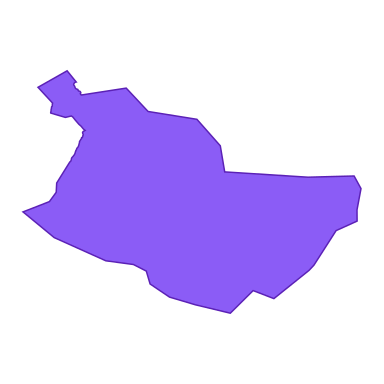 outline of Xarxorin, Övörhangay, Mongolia
{"feature_id": "93677404B97821511595686", "entity_name": "Xarxorin", "entity_type": "district", "adm_level": 2, "iso_a3": "MNG", "parent_name": "Mongolia", "parent_adm1": "Övörhangay", "projection": "natural_earth1", "projection_center": [102.763, 47.157], "detail": "fine", "context": "isolated", "style": "filled", "palette": "violet", "viewbox_px": 384, "rotation_deg": 0, "n_neighbors": 0, "source": "geoboundaries", "source_scale": "gbopen_adm2", "svg_char_len": 1709}
<svg xmlns="http://www.w3.org/2000/svg" viewBox="0 0 384 384"><path d="M354.1,176.0L334.0,176.5L308.0,177.2L224.7,171.9L220.3,145.8L196.9,119.3L148.2,111.5L148.0,111.4L126.2,88.1L82.1,94.9L81.2,94.9L80.8,94.6L80.5,94.1L80.3,93.6L80.6,93.3L80.7,93.0L80.8,92.6L80.5,92.0L80.2,91.6L79.9,91.3L78.5,90.9L78.2,90.6L78.1,90.2L77.9,89.5L77.5,89.3L76.7,89.1L75.8,88.6L75.2,87.9L74.9,87.0L74.7,86.3L74.1,85.5L73.7,84.8L73.7,84.2L73.9,83.8L74.3,83.0L75.1,82.4L75.6,82.1L76.2,82.0L73.6,78.8L67.1,70.8L38.0,87.3L52.6,103.1L52.4,103.7L52.3,104.9L52.3,105.7L52.1,106.4L51.7,106.7L51.5,107.1L51.5,107.5L51.5,108.2L51.3,108.7L51.2,109.3L51.1,109.5L51.1,110.2L51.0,111.0L50.9,111.7L50.7,112.3L50.7,112.9L50.8,113.1L65.4,117.4L71.3,116.0L72.6,116.8L73.7,118.1L75.1,119.9L78.9,124.3L81.0,126.1L83.4,129.0L85.1,130.4L84.3,130.8L83.9,131.1L83.4,131.3L83.1,131.7L82.7,132.1L82.6,132.4L82.6,132.9L82.9,133.8L83.2,134.6L83.2,135.0L82.9,135.4L82.8,135.9L82.7,136.5L82.6,136.9L82.5,137.2L82.2,137.4L81.9,137.5L81.6,137.6L81.6,138.1L81.6,138.5L81.0,139.1L80.6,139.8L80.4,140.2L80.3,140.5L79.8,141.0L79.5,141.6L79.5,142.4L79.3,143.1L78.9,144.7L78.3,146.6L78.0,147.0L77.3,147.8L77.0,148.2L76.9,148.3L76.7,148.8L76.4,149.7L75.9,150.5L75.7,151.1L75.4,151.9L75.2,152.6L75.1,153.2L74.7,154.0L74.3,154.8L73.8,155.4L73.2,156.2L72.5,157.0L71.9,157.6L71.5,158.4L71.4,159.0L71.3,159.8L71.0,160.5L70.8,161.1L69.9,161.9L69.1,163.1L56.7,183.0L56.2,192.3L49.4,201.6L23.0,211.9L54.2,237.6L105.8,260.8L133.4,264.5L146.3,271.1L150.1,284.0L169.5,297.1L195.7,304.9L195.8,304.9L230.3,313.2L253.1,290.6L273.9,298.6L309.0,270.4L313.9,265.2L336.1,230.6L357.1,221.1L357.0,209.9L361.0,188.6L354.1,176.0Z" fill="#8b5cf6" stroke="#5b21b6" stroke-width="1.5"/></svg>